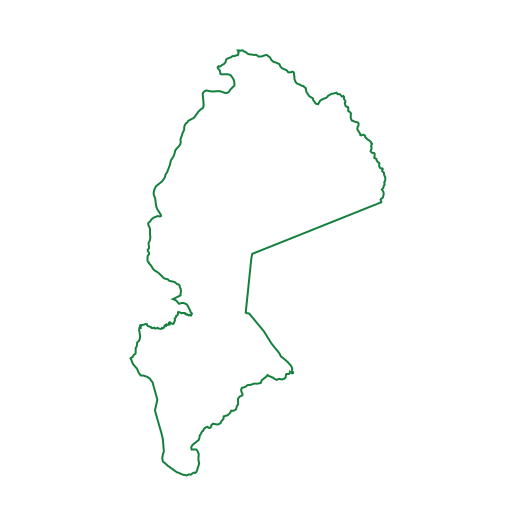 outline of Pontes e Lacerda, Mato Grosso, Brazil, rotated 171°
{"feature_id": "56859067B31933102266725", "entity_name": "Pontes e Lacerda", "entity_type": "district", "adm_level": 2, "iso_a3": "BRA", "parent_name": "Brazil", "parent_adm1": "Mato Grosso", "projection": "mercator", "projection_center": [-59.418, -15.43], "detail": "fine", "context": "isolated", "style": "outline", "palette": "green", "viewbox_px": 512, "rotation_deg": 171, "n_neighbors": 0, "source": "geoboundaries", "source_scale": "gbopen_adm2", "svg_char_len": 6113}
<svg xmlns="http://www.w3.org/2000/svg" viewBox="0 0 512 512"><g transform="rotate(171 256 256)"><path d="M271.3,129.8L270.7,130.4L270.5,131.3L269.9,132.3L264.3,135.5L263.3,136.6L261.3,134.9L259.8,134.2L258.9,133.4L258.1,133.2L257.5,132.2L255.0,130.4L253.5,130.9L252.0,131.0L250.0,130.0L247.6,130.3L246.5,130.7L245.6,131.7L244.9,134.1L244.2,134.7L242.0,134.3L240.8,135.3L240.6,136.3L238.7,134.4L237.9,134.5L237.5,135.2L238.0,136.0L238.3,137.4L237.8,139.3L238.6,142.1L241.1,146.0L244.3,150.0L246.8,152.5L247.4,153.7L248.1,156.2L254.4,167.1L260.0,180.4L271.6,200.0L272.2,200.5L274.0,200.9L275.0,201.7L261.2,253.6L259.4,258.7L123.8,289.5L123.8,290.4L124.2,292.0L123.6,292.9L122.3,293.3L121.4,294.2L120.1,297.4L120.2,299.5L121.3,302.0L119.7,303.2L118.8,305.4L117.9,306.1L117.7,309.0L117.1,309.5L116.5,310.7L116.0,312.9L116.8,316.4L116.6,318.3L118.1,320.0L117.8,321.1L117.2,321.9L117.4,322.7L118.5,322.8L119.4,323.3L120.2,324.8L120.3,325.8L119.6,328.4L121.3,330.2L122.0,332.0L121.9,333.0L123.9,334.5L123.4,335.4L122.8,338.6L123.5,339.4L125.1,339.6L126.4,341.3L126.1,342.4L125.3,343.3L124.9,345.5L125.1,346.6L124.8,347.5L124.1,348.1L123.9,349.0L124.5,349.5L124.7,350.7L126.4,352.8L127.9,353.8L128.3,354.8L129.6,356.1L129.4,357.5L130.0,358.2L130.8,359.0L132.2,358.9L133.2,358.6L134.1,359.2L134.0,360.4L136.0,364.9L136.0,366.0L135.3,367.9L134.4,368.8L134.1,369.9L134.0,371.2L134.5,372.0L137.3,373.1L139.0,374.3L139.9,374.5L140.6,376.2L140.8,378.2L139.9,382.1L140.9,383.7L142.2,384.7L141.7,388.3L142.1,389.0L142.8,389.0L144.1,390.2L144.4,393.4L143.7,394.0L143.5,395.0L144.5,397.2L144.1,399.3L144.7,400.4L145.7,399.9L146.4,400.3L147.6,402.4L148.4,402.9L150.1,403.0L150.9,404.7L154.2,404.3L156.1,404.4L160.0,402.8L160.6,402.0L161.3,401.6L163.3,400.9L164.3,400.9L167.7,399.7L168.5,399.2L170.9,396.2L172.8,396.9L173.5,397.6L173.9,398.8L175.1,400.9L175.2,402.9L178.4,405.5L180.5,410.0L180.7,412.5L180.5,413.6L180.8,414.4L181.6,414.8L182.5,416.4L184.3,417.0L185.6,418.2L188.7,420.1L189.4,421.1L190.4,424.7L190.0,427.0L190.1,429.5L189.8,430.3L190.2,431.6L191.0,432.4L192.6,432.0L194.9,432.2L195.8,432.9L196.4,434.3L197.3,435.1L200.6,437.1L201.9,438.7L202.4,439.7L202.8,441.8L206.1,444.0L208.3,444.9L210.2,447.3L211.1,449.9L214.0,452.9L216.4,452.8L219.2,452.2L222.3,452.6L223.6,454.1L224.7,454.7L226.6,454.9L229.4,455.9L230.6,456.0L232.6,457.1L234.5,459.3L235.6,459.7L236.9,461.1L238.0,461.4L239.0,461.1L240.9,461.8L241.8,461.9L241.2,460.2L241.8,459.5L241.7,458.6L242.6,457.1L243.7,457.4L246.0,456.8L248.1,457.1L249.2,456.3L253.5,455.4L254.7,454.7L255.6,452.5L257.3,450.8L259.8,449.9L261.5,448.9L262.3,448.8L263.1,449.3L264.2,448.7L264.4,447.8L262.7,444.8L262.6,441.3L261.0,440.7L255.7,440.0L253.4,439.0L252.6,438.3L250.8,434.6L250.2,431.9L250.5,428.2L250.9,427.5L254.7,424.9L256.9,422.6L258.7,421.6L259.7,421.6L261.2,422.0L265.2,424.1L267.0,424.7L271.9,425.1L274.6,425.6L279.4,427.3L281.4,426.6L283.0,425.2L283.3,424.3L284.0,414.1L284.7,411.3L285.3,410.5L287.8,409.4L290.5,407.4L295.6,402.2L301.0,400.4L301.9,399.9L303.0,398.7L304.7,397.8L305.3,397.1L306.6,395.0L307.2,392.1L307.7,391.1L309.6,388.4L310.5,386.3L312.3,383.3L312.6,380.1L313.2,378.4L314.8,376.6L318.4,373.8L319.4,372.5L320.7,369.4L322.0,367.2L325.1,363.7L326.8,359.4L330.6,352.8L332.7,350.4L333.7,348.0L335.8,345.6L337.4,344.2L343.5,340.8L344.3,340.0L346.2,337.1L347.2,334.4L347.4,332.4L346.6,328.8L346.8,322.5L346.7,319.9L346.2,317.8L343.5,311.4L343.7,310.3L344.7,310.1L346.9,310.8L350.9,310.0L353.8,308.3L355.1,306.6L356.8,305.9L357.4,305.0L357.5,303.9L356.4,299.4L357.4,293.4L357.3,291.4L358.4,288.0L360.0,285.7L360.3,283.9L360.2,281.9L360.4,280.6L362.0,279.0L362.1,277.9L361.2,275.9L361.2,274.8L363.1,272.8L363.9,268.6L363.6,267.1L362.9,266.5L362.8,265.5L361.2,263.1L359.8,259.6L359.2,258.6L357.9,257.1L355.2,254.9L350.6,248.7L349.9,248.1L346.7,246.7L345.5,245.0L340.5,243.1L338.3,240.5L336.8,240.0L336.0,238.5L336.2,237.3L335.5,235.3L335.6,233.1L336.5,230.2L336.7,228.9L344.8,226.4L342.4,225.0L341.2,223.6L339.9,221.4L339.3,220.8L336.9,221.2L335.4,221.0L333.9,220.4L331.7,218.8L329.5,212.1L329.5,211.2L328.3,209.2L328.9,208.6L329.0,207.8L329.6,207.3L331.1,208.3L331.9,207.9L333.5,209.5L334.1,209.1L334.9,209.8L335.2,210.8L337.9,211.3L338.7,211.1L339.4,211.9L341.1,212.7L341.8,212.7L342.4,210.3L343.1,209.7L344.2,209.4L344.4,208.4L346.2,206.7L346.0,205.4L347.7,202.4L348.6,201.8L350.1,202.7L350.8,203.6L351.9,204.1L352.6,203.4L352.0,202.7L352.0,201.8L354.6,201.8L355.2,202.5L356.0,202.1L356.0,201.1L357.2,201.4L357.5,200.4L358.8,199.2L360.0,199.7L360.3,199.0L361.1,198.8L364.0,199.8L364.6,200.5L365.3,200.1L366.1,200.3L367.2,200.2L367.9,201.2L369.7,200.9L370.5,201.3L370.8,202.1L373.8,203.8L374.5,204.8L374.6,205.9L375.8,206.1L377.7,205.7L380.9,205.7L380.7,204.6L381.6,204.7L381.8,203.7L381.4,203.0L382.5,203.0L383.0,201.2L382.9,195.5L383.7,192.4L384.9,190.5L386.9,189.1L387.8,185.7L389.2,183.9L390.1,178.8L390.6,178.2L392.1,177.5L393.9,175.4L395.6,175.0L396.0,174.4L395.4,173.1L394.6,169.0L392.0,164.5L391.2,163.6L390.1,159.0L389.0,156.8L388.3,155.9L386.1,155.6L382.2,153.6L379.7,151.1L379.3,149.6L378.0,147.8L375.9,129.5L379.8,119.8L379.9,118.5L377.0,94.7L376.7,89.2L377.6,77.3L378.9,74.8L380.2,71.1L380.2,68.2L379.9,67.2L378.5,65.9L376.1,62.8L368.1,54.9L365.1,53.2L362.6,51.5L360.1,50.7L359.1,50.1L356.2,50.8L354.7,50.2L351.8,51.7L351.0,51.7L350.3,51.2L349.1,51.7L348.2,52.7L344.8,59.5L344.5,60.7L344.8,62.4L344.5,65.4L343.5,69.3L344.4,72.7L345.1,74.0L346.2,74.5L349.8,74.8L350.0,76.6L349.5,77.9L348.3,79.3L341.3,83.3L340.0,86.1L339.9,87.0L337.0,90.7L336.4,91.3L335.5,91.6L335.0,92.7L333.8,93.9L331.9,94.7L330.5,94.9L329.6,93.7L328.9,93.4L327.9,93.6L327.2,94.2L326.5,96.0L324.8,97.1L320.5,95.6L318.7,95.8L316.7,96.9L316.2,98.0L313.6,100.2L313.0,102.7L311.7,102.7L310.8,103.1L309.8,102.9L308.7,103.3L305.7,105.4L305.4,106.3L304.8,107.1L302.4,106.7L300.3,107.3L299.6,107.9L298.4,110.7L296.8,112.3L296.2,117.5L295.8,118.2L294.1,119.7L291.8,120.3L291.0,120.9L290.9,121.7L291.5,123.7L291.7,126.0L290.6,128.0L288.6,128.1L286.4,128.7L285.5,129.4L283.8,129.9L281.9,129.5L277.7,130.3L275.2,129.7L271.3,129.8Z" fill="none" stroke="#15803d" stroke-width="2"/></g></svg>